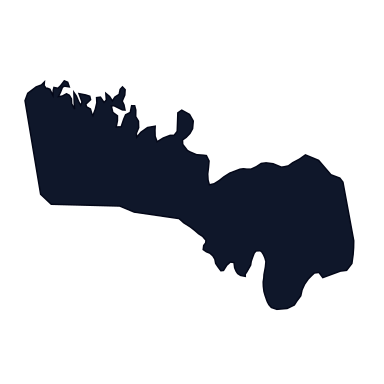 outline of Bagan Datuk, Perak, Malaysia, rotated 173°
{"feature_id": "92858781B98858814885559", "entity_name": "Bagan Datuk", "entity_type": "district", "adm_level": 2, "iso_a3": "MYS", "parent_name": "Malaysia", "parent_adm1": "Perak", "projection": "equal_earth", "projection_center": [100.991, 3.877], "detail": "fine", "context": "isolated", "style": "filled", "palette": "ink", "viewbox_px": 384, "rotation_deg": 173, "n_neighbors": 0, "source": "geoboundaries", "source_scale": "gbopen_adm2", "svg_char_len": 2594}
<svg xmlns="http://www.w3.org/2000/svg" viewBox="0 0 384 384"><g transform="rotate(173 192 192)"><path d="M111.7,64.8L104.2,67.4L101.3,70.9L96.7,75.7L94.7,81.4L91.5,86.7L87.2,91.5L83.3,94.6L80.4,96.7L78.4,96.7L75.8,96.7L72.6,91.1L54.3,95.4L48.1,95.4L42.0,101.6L39.7,110.3L38.4,116.9L37.4,123.9L41.0,183.4L43.6,187.8L52.0,192.2L62.5,208.0L74.9,215.0L81.4,211.5L88.5,208.8L93.1,206.2L97.7,205.8L100.3,205.8L108.1,210.2L114.9,211.9L119.8,211.9L125.0,209.3L130.6,207.5L134.8,208.0L138.1,208.8L141.6,208.8L152.1,206.2L158.6,203.1L163.5,200.1L169.0,197.5L173.9,197.0L174.6,201.8L174.2,208.0L172.6,214.5L171.3,220.7L173.3,226.4L176.5,227.2L183.0,228.5L189.2,232.1L191.5,233.8L195.4,240.4L195.1,244.8L191.2,246.9L186.9,250.4L183.7,254.8L182.1,262.3L185.0,269.3L192.2,274.5L196.4,272.3L197.7,264.0L199.3,254.0L202.9,250.4L206.8,250.9L214.0,249.1L220.5,246.1L221.8,251.8L221.2,257.9L220.5,261.8L228.3,261.4L235.5,257.5L240.1,253.1L240.1,257.0L237.1,262.3L236.5,268.8L238.7,273.7L237.8,280.2L238.4,284.6L241.4,285.0L243.6,278.5L248.5,276.7L250.8,272.8L254.4,265.3L259.3,265.8L257.3,271.9L256.7,276.7L260.9,280.7L261.6,287.2L259.0,287.2L251.1,282.0L248.5,281.5L248.9,286.8L250.2,290.7L246.9,296.4L245.9,301.7L248.2,304.8L250.8,302.6L252.4,297.8L257.0,295.6L259.9,292.1L262.2,296.9L265.5,300.4L265.8,293.8L268.4,291.6L271.3,297.3L275.2,297.3L275.6,292.1L277.9,285.9L281.1,279.8L281.8,281.5L282.7,286.8L286.3,289.4L286.7,292.1L281.4,296.0L281.8,299.5L285.7,301.3L292.2,303.4L290.2,294.7L291.9,291.6L293.5,295.6L295.1,301.3L297.1,305.2L298.1,294.2L298.4,288.6L300.7,294.2L300.3,299.1L302.0,303.0L304.6,304.8L309.1,303.0L313.0,303.0L310.4,307.0L307.8,311.8L305.6,312.6L301.0,311.3L302.0,316.1L305.2,317.9L309.5,313.5L312.4,311.3L316.3,312.6L317.3,310.0L318.3,304.8L320.5,311.3L322.8,312.6L324.1,312.6L325.8,315.7L325.1,319.2L328.4,316.6L333.9,315.3L343.0,310.0L346.6,303.0L343.0,219.8L342.5,208.2L333.2,197.0L265.5,186.9L251.8,179.1L208.1,167.2L203.9,162.4L198.0,157.6L194.1,153.7L190.5,149.7L186.9,146.7L184.0,142.3L184.7,139.7L186.9,137.5L187.9,133.5L185.0,130.9L181.7,129.1L179.1,126.1L177.5,122.6L177.2,118.2L175.2,114.3L172.9,110.3L170.3,110.3L166.4,115.1L164.5,116.4L162.5,117.8L158.9,116.9L158.9,111.6L157.9,108.1L156.6,105.5L154.0,103.3L149.4,101.8L149.2,103.9L147.3,106.1L142.7,112.3L141.7,115.9L139.8,119.8L137.7,123.8L135.6,125.7L131.4,125.4L130.0,124.0L128.7,121.2L127.7,117.9L127.1,114.0L128.3,108.6L130.6,101.3L131.2,98.0L132.3,94.1L132.7,89.6L132.7,84.5L132.1,80.6L131.2,76.4L130.6,73.9L129.4,70.8L127.3,67.7L122.1,65.2L111.7,64.8Z" fill="#0f172a" stroke="#020617" stroke-width="1.5"/></g></svg>